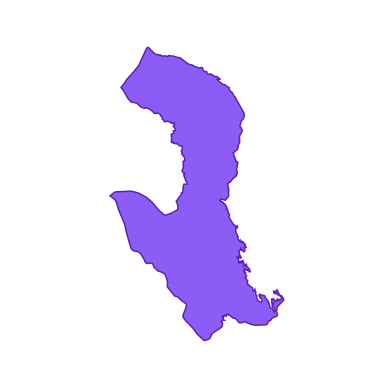 Kolaka Utara, Sulawesi Tenggara, Indonesia (Natural Earth projection), rotated 158°
{"feature_id": "22746128B11198700179718", "entity_name": "Kolaka Utara", "entity_type": "district", "adm_level": 2, "iso_a3": "IDN", "parent_name": "Indonesia", "parent_adm1": "Sulawesi Tenggara", "projection": "natural_earth1", "projection_center": [121.032, -3.263], "detail": "fine", "context": "isolated", "style": "filled", "palette": "violet", "viewbox_px": 384, "rotation_deg": 158, "n_neighbors": 0, "source": "geoboundaries", "source_scale": "gbopen_adm2", "svg_char_len": 5998}
<svg xmlns="http://www.w3.org/2000/svg" viewBox="0 0 384 384"><g transform="rotate(158 192 192)"><path d="M218.8,315.4L217.9,313.5L217.5,311.2L216.3,302.4L214.6,298.1L209.8,295.0L207.7,290.3L205.1,287.5L202.8,287.2L200.8,285.4L198.5,281.8L197.6,279.3L196.8,278.6L193.8,277.8L193.0,276.9L192.4,275.4L192.4,273.8L191.5,272.6L192.2,270.7L191.2,268.7L191.3,267.4L189.5,267.2L187.7,266.4L185.7,264.6L185.5,263.8L185.1,264.0L184.1,262.9L182.9,262.6L183.6,262.3L183.0,261.8L183.3,260.7L183.8,260.7L184.8,259.7L183.7,256.6L184.1,255.6L185.1,255.4L186.2,255.9L186.6,254.3L187.6,253.3L189.7,253.2L191.0,248.7L192.0,247.6L192.5,245.8L191.6,245.0L191.3,245.2L191.0,244.5L190.7,244.9L190.6,244.2L188.7,242.5L187.7,242.9L186.4,239.6L183.8,238.0L185.6,234.6L186.6,234.2L186.6,232.8L187.2,231.1L186.3,229.4L186.7,228.6L186.0,227.1L186.8,223.9L189.0,223.7L189.2,221.9L191.4,217.1L193.2,215.7L193.1,213.1L192.1,212.8L191.6,211.7L193.3,211.0L193.1,210.4L193.4,209.9L193.5,204.8L193.1,202.6L194.0,201.1L196.4,202.3L197.2,201.7L198.5,199.9L199.4,197.5L200.7,195.4L202.3,195.0L202.3,194.1L210.2,189.2L210.0,186.4L210.9,182.5L212.1,181.0L218.9,180.1L226.0,180.5L229.0,186.3L233.2,198.2L236.4,204.4L241.5,210.5L246.1,214.3L249.0,215.9L262.6,220.7L264.3,220.7L269.4,219.2L266.4,213.8L265.9,211.6L266.7,202.7L266.5,187.1L268.0,178.6L269.7,162.3L268.3,159.3L264.1,156.5L262.8,154.2L261.6,147.1L261.6,144.1L260.9,142.7L256.4,141.4L255.3,140.3L255.4,136.6L253.5,132.0L249.5,128.4L248.0,126.1L247.8,123.6L248.4,117.8L250.0,114.6L250.3,112.9L247.0,102.0L244.8,100.5L241.9,94.3L239.2,90.4L239.6,89.1L241.4,86.5L246.4,81.2L247.0,79.9L247.0,78.5L245.9,74.3L242.4,66.1L240.3,58.1L236.6,50.0L234.0,49.3L231.9,49.3L230.0,49.8L226.3,53.3L215.7,55.4L214.0,56.5L212.9,59.1L213.5,60.6L213.0,61.3L211.2,61.5L210.1,61.0L211.0,62.9L210.3,63.4L210.8,64.2L210.3,65.5L209.7,65.5L209.5,65.0L209.8,64.7L209.4,64.3L208.5,64.8L208.5,65.6L207.8,65.6L206.6,64.1L206.2,64.9L205.5,65.0L205.4,65.5L204.1,64.8L203.7,63.7L203.1,63.7L201.1,59.6L199.5,58.7L198.4,57.1L197.6,54.0L197.0,53.0L194.8,52.0L192.2,52.3L186.5,46.9L183.4,44.8L173.3,41.2L172.0,41.2L169.2,43.6L167.5,43.4L165.0,45.0L162.8,45.2L160.7,44.9L159.2,45.5L158.7,46.3L158.2,50.0L155.9,53.7L147.5,57.3L147.1,59.0L147.8,60.7L147.6,61.7L149.4,63.9L149.8,69.3L150.7,69.2L151.7,68.1L152.1,68.7L153.6,69.4L153.8,67.2L153.2,67.3L152.5,66.5L151.7,66.5L151.0,64.6L150.0,64.1L149.9,63.4L149.1,62.8L149.2,62.0L148.4,60.2L149.0,59.8L149.1,59.0L149.9,58.8L151.3,59.7L152.0,58.7L152.6,58.9L153.1,59.5L153.0,60.7L155.1,59.3L156.3,60.2L156.3,62.1L156.9,61.7L157.7,63.0L158.1,63.0L159.5,59.9L159.4,58.9L158.2,58.6L158.0,57.4L160.3,57.1L160.2,55.4L159.4,54.8L159.3,52.6L160.1,50.3L160.7,49.8L161.3,54.1L162.5,55.1L162.9,56.8L162.4,58.0L162.3,62.3L163.0,63.2L162.8,64.7L163.9,66.6L163.2,67.9L164.2,69.3L165.1,69.4L165.6,70.2L166.3,70.1L167.1,71.5L167.7,71.3L168.0,71.7L168.7,70.5L168.3,69.4L168.8,68.5L168.2,68.0L167.4,65.9L168.4,64.3L169.3,64.3L170.7,65.2L171.8,67.8L171.5,70.6L170.8,71.4L171.2,73.2L170.9,74.7L170.1,75.8L170.5,77.1L170.2,78.2L171.5,77.3L172.3,77.4L171.9,80.8L172.7,81.5L175.1,86.0L174.6,86.7L174.8,87.4L173.6,88.8L174.2,90.1L174.0,91.0L175.0,92.7L172.8,93.5L173.2,94.4L172.7,96.5L173.3,97.1L172.8,97.3L173.2,97.8L173.0,98.3L173.5,98.2L173.6,98.7L173.6,99.6L172.8,99.9L172.6,101.1L171.4,101.1L171.6,100.2L170.4,98.8L169.5,98.5L169.0,97.5L168.5,97.4L168.2,96.9L168.5,96.5L167.9,96.3L167.6,96.9L169.0,98.4L168.7,98.8L169.0,99.8L168.6,99.0L167.9,99.1L168.3,99.4L168.0,99.9L169.0,102.8L168.6,104.7L169.3,104.7L170.5,103.6L171.9,104.1L170.8,104.6L171.2,105.5L170.7,106.2L171.2,107.1L170.8,107.2L171.6,108.0L170.5,108.7L170.4,109.4L171.9,109.4L172.5,108.0L172.8,108.2L172.4,108.4L172.8,109.1L172.5,109.7L173.0,109.3L174.1,109.5L174.6,108.9L174.3,108.6L175.3,108.8L174.2,111.4L174.3,113.4L174.8,114.8L174.0,114.8L173.3,113.9L173.0,114.3L173.1,113.3L172.9,113.0L173.0,113.6L172.6,113.7L172.1,112.5L171.1,112.7L170.9,113.5L171.6,114.0L171.1,114.7L171.4,116.0L170.4,120.0L169.0,120.0L168.0,121.4L167.8,120.7L168.2,119.7L167.0,119.1L166.6,117.3L165.8,117.0L164.6,118.2L164.1,121.2L162.7,120.4L162.4,121.4L162.8,123.1L162.3,123.8L163.1,124.2L162.9,125.7L163.6,126.0L163.7,126.9L164.3,126.7L164.7,128.3L164.9,127.6L165.7,127.4L166.4,128.4L166.3,129.5L166.9,130.9L166.8,131.7L166.0,133.1L166.3,137.7L165.8,140.3L164.8,141.8L164.1,141.7L163.5,142.5L163.1,142.2L162.7,143.6L164.5,143.6L164.6,145.0L165.8,146.6L166.6,151.4L167.1,151.7L166.8,152.6L167.1,155.0L165.7,157.2L166.3,159.6L166.0,159.6L165.7,162.2L166.4,162.6L165.7,163.0L165.8,167.4L166.2,167.8L166.0,168.5L167.1,169.8L167.0,170.7L168.1,171.7L168.3,172.5L169.2,172.8L169.3,173.7L167.6,174.6L164.3,171.9L159.7,174.3L158.8,176.0L158.4,178.3L157.6,178.9L156.7,181.5L156.5,182.7L156.9,183.3L156.5,183.6L156.2,186.1L155.4,186.1L154.3,187.0L152.7,186.9L149.2,189.1L146.4,189.8L145.7,190.7L145.0,190.3L143.1,192.3L142.1,196.5L140.1,199.5L140.0,200.6L139.0,200.9L138.7,202.3L139.6,203.9L139.2,203.8L139.6,204.5L139.4,208.9L139.8,209.3L139.3,209.9L139.1,212.8L134.0,214.4L132.2,216.6L131.8,218.1L129.4,219.9L127.6,224.3L127.7,225.0L125.5,227.5L125.0,227.5L123.6,228.8L122.3,230.4L122.4,233.3L122.9,234.8L122.7,235.5L121.1,237.4L120.5,238.9L116.7,240.9L114.7,243.5L114.3,246.1L116.5,263.8L117.0,264.8L117.6,269.5L118.0,269.6L119.0,272.4L118.5,274.9L120.8,278.0L120.9,278.8L123.4,280.5L124.7,283.1L125.5,283.7L126.1,286.0L126.7,286.9L126.2,287.1L124.3,286.1L123.6,286.2L123.8,286.9L124.8,287.6L125.3,289.6L126.3,289.6L127.3,290.7L128.5,291.1L128.9,292.8L129.8,293.3L130.3,294.5L131.4,294.4L133.2,295.4L133.7,297.2L133.4,298.2L135.2,299.1L136.1,300.4L135.8,303.2L136.6,303.9L139.2,304.4L143.0,307.9L144.0,309.4L146.9,311.5L148.7,313.8L152.4,320.4L153.3,321.3L155.6,322.6L158.4,325.1L160.6,326.0L161.8,327.1L164.0,326.9L166.1,328.4L167.9,328.7L170.3,331.1L173.3,332.6L175.4,335.3L176.2,337.7L176.7,337.7L177.6,341.3L179.1,342.8L181.4,341.2L194.1,329.2L200.6,325.5L210.7,320.6L213.0,318.7L218.8,315.4Z" fill="#8b5cf6" stroke="#5b21b6" stroke-width="1.5"/></g></svg>